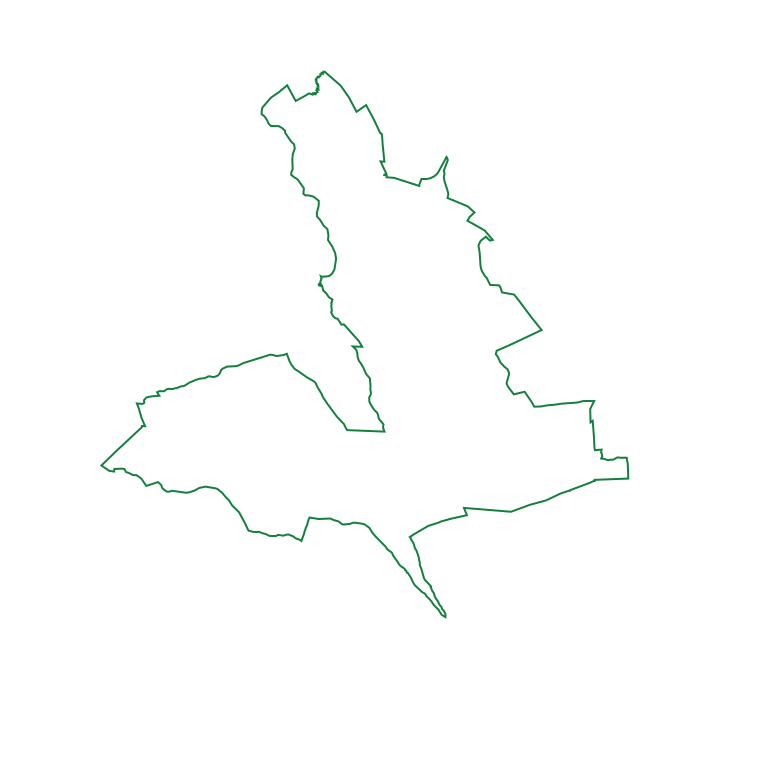 the district of Cornu Luncii, Suceava, Romania, rotated 34°
{"feature_id": "2599482B28823747254243", "entity_name": "Cornu Luncii", "entity_type": "district", "adm_level": 2, "iso_a3": "ROU", "parent_name": "Romania", "parent_adm1": "Suceava", "projection": "natural_earth1", "projection_center": [26.137, 47.454], "detail": "fine", "context": "isolated", "style": "outline", "palette": "green", "viewbox_px": 768, "rotation_deg": 34, "n_neighbors": 0, "source": "geoboundaries", "source_scale": "gbopen_adm2", "svg_char_len": 6165}
<svg xmlns="http://www.w3.org/2000/svg" viewBox="0 0 768 768"><g transform="rotate(34 384 384)"><path d="M403.3,560.3L401.3,552.3L400.3,549.9L400.3,548.8L399.7,547.5L399.1,543.5L398.3,541.9L397.0,537.5L397.0,536.3L405.3,532.5L414.6,525.6L418.8,524.8L422.9,523.4L427.8,523.6L428.8,523.3L433.9,519.1L435.7,516.6L437.4,515.2L444.8,511.7L446.8,511.2L452.3,511.4L457.0,513.6L461.7,515.0L475.9,517.9L479.5,519.2L484.8,519.4L488.1,521.4L494.7,523.8L497.1,525.0L499.4,525.6L504.1,525.6L505.0,525.9L505.6,526.5L507.1,526.4L508.1,527.4L508.9,527.6L509.5,527.3L514.3,529.4L519.9,532.7L522.2,533.6L532.1,535.2L535.2,534.9L538.1,536.3L540.8,536.6L545.3,537.8L546.5,538.5L547.9,538.7L548.4,539.3L555.2,540.6L560.8,543.1L565.2,542.9L564.2,541.1L563.0,540.0L560.2,538.5L558.1,538.1L556.1,536.6L553.7,536.1L550.9,534.4L546.5,532.6L544.9,531.7L542.0,529.4L539.0,528.2L537.0,526.6L536.3,526.5L536.1,526.1L536.2,525.6L535.6,525.3L527.7,523.6L525.8,522.7L519.0,516.9L514.9,514.0L513.3,511.8L511.5,510.3L510.7,509.1L506.1,505.4L504.1,504.0L501.3,502.7L498.8,500.5L497.1,499.3L493.5,497.8L491.9,496.5L491.0,496.4L493.0,491.5L500.1,476.8L507.3,467.7L507.7,466.6L513.3,460.1L513.4,459.8L526.1,446.4L519.6,442.0L560.7,418.9L572.5,402.6L583.5,389.8L591.6,376.1L596.8,369.3L597.7,368.8L597.6,368.1L600.0,364.7L610.3,350.2L611.9,347.5L612.9,346.6L612.2,345.7L639.4,325.8L630.7,313.8L627.2,310.4L626.7,309.5L625.4,310.0L622.3,312.3L619.1,314.0L618.3,314.8L616.4,318.5L614.4,319.9L612.2,321.9L608.2,323.1L605.7,324.3L605.5,322.1L603.7,320.2L602.2,319.3L601.1,316.7L595.9,320.9L593.9,318.9L588.9,312.1L577.6,297.8L576.7,300.3L568.9,289.4L567.8,280.6L558.9,286.5L554.6,291.3L542.5,300.8L535.6,307.0L532.1,309.7L526.5,315.0L521.2,318.8L516.1,316.2L504.9,311.8L497.4,320.0L488.5,316.9L485.4,315.1L485.1,314.6L482.0,305.4L481.1,304.6L478.1,302.7L474.4,302.4L468.5,301.1L463.1,297.8L460.0,296.8L458.8,293.4L465.9,282.3L484.5,251.1L469.6,246.5L447.1,238.7L441.8,237.1L430.9,242.0L430.5,242.0L426.7,238.9L424.2,237.9L416.6,242.5L409.4,238.4L407.0,238.0L403.1,236.1L400.0,234.2L397.9,232.0L389.6,221.3L385.1,216.6L384.6,215.0L384.1,211.9L384.2,210.7L386.1,204.9L391.6,205.9L393.6,203.7L381.4,200.4L361.8,202.0L361.8,199.3L361.5,197.8L363.1,191.2L354.0,189.9L332.6,194.3L331.2,190.6L328.6,188.2L320.8,182.1L317.9,179.1L316.6,176.0L315.6,174.7L314.4,174.0L311.7,162.7L309.8,161.2L308.9,160.9L310.5,177.5L310.5,180.2L309.4,184.0L307.3,187.6L304.7,190.2L300.4,193.1L301.9,199.2L302.5,200.1L277.2,207.4L270.5,211.2L269.5,209.4L269.2,209.2L267.4,210.5L267.3,210.1L268.5,209.0L268.4,208.4L256.7,201.4L260.0,199.5L248.8,186.0L244.1,179.9L242.1,177.8L240.8,178.2L227.3,170.2L213.2,162.8L209.0,173.7L194.7,166.0L181.3,160.9L160.7,158.3L160.1,158.4L160.0,159.0L159.2,159.1L159.5,159.7L159.2,159.8L159.2,160.1L159.7,160.8L158.3,161.1L158.9,162.1L158.1,162.9L158.7,163.2L158.9,164.0L158.3,165.2L158.6,165.6L158.5,166.2L157.2,166.4L157.4,167.9L157.0,168.6L157.4,169.1L157.3,170.0L158.2,169.9L158.9,171.0L158.8,171.4L159.8,171.8L160.0,172.6L161.0,172.8L161.4,172.3L161.8,172.4L161.8,173.2L163.0,173.6L163.0,174.1L162.5,174.3L162.6,174.6L163.6,174.7L163.9,175.4L164.2,175.5L164.4,176.0L164.8,176.3L163.7,176.7L164.7,177.2L164.5,177.6L163.9,177.6L163.7,178.2L164.8,178.3L165.0,179.2L165.6,179.4L164.6,181.0L165.2,181.5L165.3,182.1L164.6,182.4L164.2,181.7L163.4,181.7L163.2,182.0L163.4,182.3L162.9,182.6L163.5,183.0L162.5,183.5L162.8,184.1L159.8,184.8L159.2,185.3L156.6,190.9L152.5,198.7L136.7,190.5L134.9,196.8L134.6,197.0L134.0,199.9L130.1,210.0L128.6,222.8L130.0,226.2L131.7,228.8L135.4,229.0L139.4,230.6L142.8,232.7L146.0,233.3L152.5,229.1L156.0,228.8L160.2,229.3L161.7,231.1L171.4,234.9L175.5,235.6L178.4,238.8L179.8,244.2L182.2,248.8L188.2,257.0L188.8,260.4L190.1,262.5L193.5,262.8L198.1,262.7L208.2,266.6L210.8,271.4L213.4,271.6L216.3,269.6L220.8,268.1L227.5,268.6L230.2,272.8L232.7,279.9L234.8,282.6L239.3,283.7L245.5,286.5L250.5,287.3L254.7,291.7L257.0,295.9L264.6,299.2L270.3,302.8L274.2,306.9L278.8,316.6L279.3,320.6L278.7,323.8L277.4,326.0L272.4,329.9L271.4,330.0L273.1,331.3L273.1,332.0L273.7,332.6L273.8,334.3L274.5,335.6L275.2,335.8L275.6,336.4L274.3,337.0L274.2,337.9L274.7,338.4L275.0,338.6L277.1,337.8L277.5,337.1L281.8,340.7L282.9,340.5L284.3,341.1L285.1,341.0L289.8,342.9L294.0,342.8L294.0,343.5L294.9,344.6L294.7,345.3L295.1,346.4L295.9,347.0L296.5,348.6L297.6,349.9L299.8,352.4L300.1,353.2L300.0,354.0L303.7,356.2L306.4,356.6L307.9,356.4L309.0,355.8L315.6,358.6L317.3,357.0L339.1,362.5L345.1,365.3L337.2,370.3L341.7,371.1L344.6,373.3L346.9,376.2L350.3,378.9L352.7,379.6L357.7,382.0L363.4,385.6L369.2,387.3L373.9,393.2L375.5,395.9L377.4,397.8L378.9,400.0L379.2,403.3L381.7,406.8L384.9,408.6L390.5,411.0L394.3,411.6L396.4,413.0L398.5,415.2L399.8,415.9L405.5,417.5L406.3,418.1L407.6,420.7L411.0,423.2L379.3,442.8L377.8,442.3L373.1,439.6L362.8,437.3L348.0,432.0L340.8,429.1L338.0,427.2L330.8,423.9L326.7,421.4L324.5,421.0L315.7,421.6L306.5,421.3L302.3,421.5L300.7,421.2L296.8,419.9L293.3,418.2L286.5,413.3L284.5,416.2L279.4,420.8L274.9,422.4L273.2,423.4L255.7,445.3L253.3,449.6L251.7,451.7L244.2,457.3L241.6,461.6L241.2,463.5L241.9,466.7L241.6,469.8L240.1,472.2L238.2,474.0L235.3,475.0L234.0,476.1L232.3,479.2L228.3,482.6L225.6,486.0L221.9,491.6L219.8,496.6L218.8,498.1L217.1,499.3L214.5,503.3L212.9,504.6L211.8,506.2L207.8,508.7L206.7,510.2L205.7,513.0L201.8,515.5L200.5,517.7L204.3,519.4L198.6,523.9L195.2,527.2L194.5,528.2L194.1,531.7L195.8,533.6L194.8,535.7L190.0,538.3L194.7,541.6L201.8,547.6L209.5,552.6L206.8,554.2L207.4,555.2L199.8,588.2L195.3,609.5L204.7,609.7L209.2,607.5L208.0,605.2L214.0,600.8L216.2,599.7L219.6,601.3L221.7,600.5L226.7,599.9L229.6,598.0L234.2,598.0L235.9,598.2L243.9,601.4L251.5,591.7L255.7,592.3L258.2,594.2L261.2,594.7L264.3,594.6L266.6,593.0L267.7,591.2L280.8,584.8L283.1,582.7L286.4,578.5L289.0,573.4L293.3,569.0L301.9,565.0L304.5,564.2L310.7,564.7L316.6,566.4L320.8,567.2L326.0,569.6L335.6,571.4L345.4,576.5L353.2,581.1L354.0,581.2L357.6,580.0L360.9,578.2L362.9,576.5L367.3,575.5L369.4,574.6L374.2,573.9L379.4,570.5L380.6,568.3L385.4,566.0L387.6,563.2L388.9,562.2L394.0,561.1L397.2,561.3L400.9,560.3L403.3,560.3Z" fill="none" stroke="#15803d" stroke-width="2"/></g></svg>